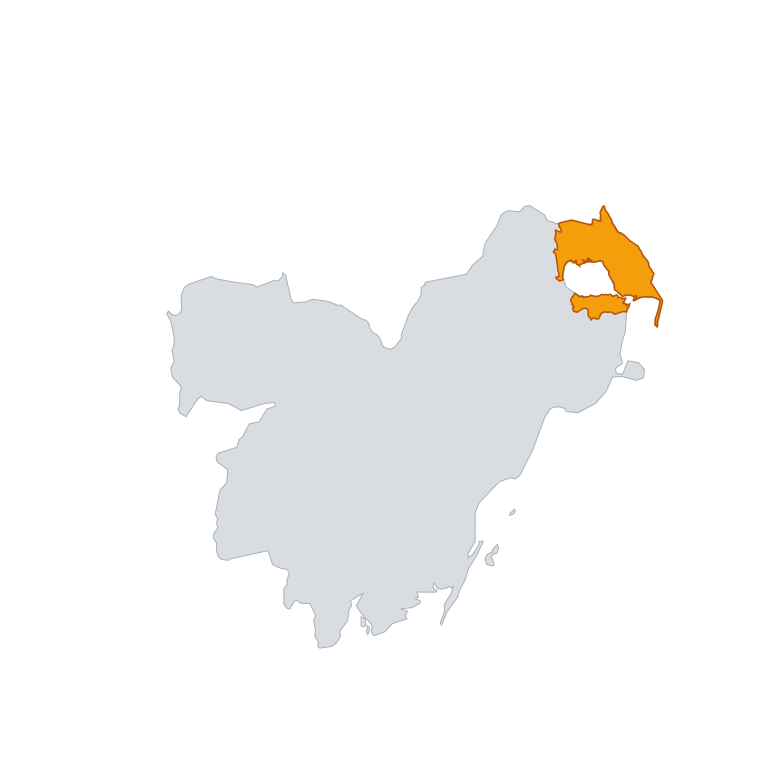 where Zulia sits in Venezuela, rotated 119°
{"feature_id": "VEN-31", "entity_name": "Zulia", "entity_type": "State", "adm_level": 1, "iso_a3": "VEN", "parent_name": "Venezuela", "parent_adm1": "", "projection": "mercator", "projection_center": [-71.765, 10.117], "detail": "fine", "context": "in_parent", "style": "filled", "palette": "amber", "viewbox_px": 768, "rotation_deg": 119, "n_neighbors": 0, "source": "natural_earth", "source_scale": "10m", "svg_char_len": 9814}
<svg xmlns="http://www.w3.org/2000/svg" viewBox="0 0 768 768"><g transform="rotate(119 384 384)"><path d="M639.0,302.7L646.2,312.2L645.5,314.5L641.1,316.7L638.4,322.1L632.8,324.4L625.0,330.9L619.8,331.5L611.9,342.3L616.2,350.7L615.2,355.0L617.1,357.1L626.4,357.3L627.2,359.6L626.1,363.1L624.4,365.3L611.9,372.2L605.9,371.5L603.4,373.6L595.4,375.1L593.1,379.2L595.2,384.7L596.0,393.8L585.9,404.5L611.0,433.1L613.7,434.6L616.3,441.2L615.4,445.1L611.0,449.7L604.6,453.1L600.9,459.0L597.1,460.2L590.2,459.7L586.8,463.0L582.5,464.2L579.6,468.6L556.4,475.9L546.5,473.7L534.8,479.1L532.8,492.4L529.2,495.5L524.9,495.5L510.6,481.9L503.3,483.9L498.4,482.1L484.2,482.5L477.6,474.8L462.7,474.3L457.1,469.1L454.5,469.1L453.4,470.8L459.1,479.3L476.4,495.8L476.5,510.6L484.6,531.2L483.2,537.8L487.9,539.7L508.6,541.3L508.4,548.6L505.7,552.0L501.6,552.6L491.0,558.1L484.7,559.9L480.6,572.0L477.1,575.4L473.2,578.3L466.2,578.4L456.7,586.1L453.4,586.0L445.3,589.8L432.4,601.0L428.0,607.9L424.8,608.0L426.1,602.0L424.4,598.8L421.4,597.1L418.5,596.8L414.9,598.3L405.3,604.2L396.0,605.5L391.0,602.8L373.8,587.3L373.4,582.1L369.4,569.6L360.6,546.6L360.8,542.1L347.0,530.5L345.0,526.5L339.3,525.0L335.7,526.5L336.7,522.7L355.3,506.0L356.9,502.4L349.7,491.7L345.7,488.7L343.4,485.0L338.7,472.1L337.5,462.1L335.9,460.1L337.9,435.8L337.1,430.5L338.5,426.4L342.1,423.6L344.1,419.3L344.6,413.4L346.7,408.6L350.6,404.8L352.0,401.1L350.3,395.1L347.0,392.7L335.7,390.8L332.7,392.7L312.0,396.0L301.8,396.0L294.0,394.4L288.1,394.9L281.2,398.2L277.8,396.4L275.1,397.3L247.9,365.0L238.0,364.3L224.4,359.7L213.8,363.4L209.3,363.7L190.3,361.9L179.7,363.6L175.3,361.9L172.3,359.4L167.6,348.8L160.3,347.0L157.3,342.7L158.3,325.5L161.8,320.8L160.5,313.0L159.5,309.3L149.9,299.6L144.8,280.8L138.5,279.8L136.6,275.7L134.7,274.9L129.4,277.5L123.9,278.5L122.8,277.5L136.7,254.1L142.0,226.6L148.9,213.0L158.3,202.0L166.0,198.8L177.2,180.2L201.9,172.5L195.4,178.2L180.7,181.8L177.3,184.0L177.6,190.2L182.0,199.0L189.5,206.0L186.0,206.7L187.6,213.0L191.1,217.3L191.3,220.0L188.6,228.4L177.3,241.6L171.2,253.1L175.9,259.9L176.5,263.4L184.8,271.9L184.1,275.3L187.7,282.2L193.5,283.2L204.9,278.8L211.0,271.4L212.2,257.4L211.1,252.4L204.1,240.2L199.3,235.5L195.2,224.9L193.2,215.2L196.4,213.0L196.1,207.9L204.0,206.5L221.2,198.3L231.8,196.2L244.0,191.8L249.2,186.0L251.1,185.6L257.4,189.0L260.5,187.8L261.7,185.2L260.0,180.0L245.5,181.9L241.9,171.6L245.1,163.2L252.8,160.0L258.4,164.9L262.1,179.9L267.2,187.6L282.6,186.1L298.3,189.5L314.9,200.2L319.8,211.2L317.7,214.1L318.8,218.8L321.2,223.5L324.9,226.5L335.3,227.3L369.4,221.9L398.1,221.0L403.6,223.3L404.1,227.3L413.4,235.7L441.3,243.1L452.1,242.0L477.7,227.9L491.4,228.2L495.4,226.1L490.3,223.9L478.9,223.1L475.4,224.5L473.5,220.9L489.9,219.8L504.5,220.6L516.3,218.0L525.7,218.1L535.2,216.4L553.0,218.4L567.0,216.7L565.4,219.1L553.3,220.9L547.7,224.4L535.5,223.7L527.0,225.0L529.7,225.9L529.7,229.4L532.1,230.2L535.8,234.5L536.8,238.1L533.7,243.7L537.2,243.1L539.1,241.3L539.1,237.3L541.1,238.0L550.0,254.4L553.8,250.5L556.4,252.9L556.3,246.7L559.4,246.8L565.9,251.0L572.6,260.3L571.4,253.2L576.8,253.1L578.2,250.0L589.1,260.3L600.5,263.3L609.0,270.9L607.2,274.7L602.1,276.6L600.1,279.0L596.3,291.2L591.5,300.7L577.1,300.8L589.3,308.1L593.5,305.1L599.6,304.9L608.7,301.0L621.1,302.8L626.5,299.6L633.2,300.1L639.0,302.7ZM490.8,201.4L492.1,206.5L488.2,211.0L482.9,211.1L478.8,208.1L476.5,208.8L469.4,207.2L471.5,204.5L476.7,203.1L480.6,206.3L483.9,206.5L484.7,203.8L489.1,199.9L490.8,201.4ZM606.4,287.0L598.7,291.1L598.3,287.1L604.3,282.3L606.9,285.2L606.4,287.0ZM438.1,210.2L436.0,211.1L430.3,209.0L431.5,207.6L434.6,207.6L438.1,210.2ZM607.9,279.7L603.3,280.9L604.6,278.1L609.5,276.5L611.2,277.1L607.9,279.7Z" fill="#d9dde1" stroke="#a8b0b8" stroke-width="1"/><path d="M200.4,173.0L201.6,173.0L201.1,174.0L201.0,174.7L201.3,175.4L200.2,175.5L199.9,175.6L199.7,175.9L199.6,176.6L198.4,176.9L196.2,178.1L194.7,178.5L188.2,179.5L180.9,181.7L179.4,182.0L178.5,182.4L177.6,182.8L177.1,183.2L176.7,184.6L176.8,186.4L177.9,191.5L181.1,198.0L183.5,201.3L184.5,202.3L189.0,204.9L189.6,205.4L190.0,205.9L190.1,206.5L188.0,207.0L188.2,206.4L187.9,205.9L187.3,205.5L185.5,205.1L185.0,205.6L184.5,205.9L184.9,206.4L186.3,207.7L186.6,208.2L186.4,209.7L186.8,211.3L187.4,212.9L188.2,214.3L189.1,215.5L190.4,216.6L192.0,217.5L191.6,218.4L191.3,219.9L190.7,220.8L190.9,221.1L190.9,221.5L190.9,221.9L190.7,222.4L190.8,223.0L190.5,223.8L190.1,224.7L189.9,225.5L189.9,227.6L190.0,227.9L189.9,228.0L189.6,228.3L189.3,228.5L188.3,228.8L187.3,229.9L186.7,230.1L186.0,230.5L185.1,231.3L184.1,232.4L181.9,236.6L179.8,239.5L179.6,240.4L179.0,240.8L177.4,241.2L176.8,241.7L176.3,242.4L175.9,243.2L175.6,244.9L174.7,246.4L173.9,248.6L171.4,251.5L170.8,252.7L170.9,253.2L171.6,254.8L172.1,255.5L174.7,258.2L175.6,259.4L177.7,263.9L177.0,263.5L176.6,262.7L176.4,261.9L176.1,261.2L175.8,261.4L176.1,262.0L175.6,262.1L175.3,262.5L175.8,262.8L176.4,263.3L176.9,264.0L177.1,264.8L176.9,265.5L176.2,265.6L175.5,265.2L175.0,264.6L174.8,265.4L175.2,266.1L175.8,267.1L176.4,266.7L177.2,265.9L178.1,265.5L178.4,266.3L178.7,266.3L178.7,265.5L179.1,265.7L180.2,266.9L180.6,267.2L181.3,267.4L181.6,267.9L180.4,267.6L179.4,268.0L178.9,268.9L179.3,270.0L179.8,268.4L182.0,268.4L183.0,269.0L183.9,270.1L184.8,270.8L185.9,270.0L185.7,270.7L185.6,270.8L186.0,271.1L186.1,271.4L185.9,271.6L185.3,271.6L185.3,271.9L185.8,272.3L185.9,273.0L185.7,273.7L185.3,274.3L184.9,274.0L184.2,274.5L182.7,275.9L183.1,276.2L183.9,275.7L184.3,276.2L184.8,275.9L185.1,275.4L185.5,275.8L185.3,276.6L185.9,277.0L185.1,277.1L185.2,277.6L185.9,278.6L184.9,279.6L184.8,279.9L184.9,280.4L185.5,280.6L185.6,280.9L185.9,280.9L186.3,281.1L186.7,281.4L186.5,281.7L186.9,282.1L187.7,282.6L189.3,283.1L191.0,283.4L192.7,283.4L194.4,283.2L199.9,281.4L203.7,279.8L204.9,279.0L205.7,278.1L205.8,277.7L206.3,278.0L208.6,280.1L208.8,280.6L208.8,281.6L208.6,282.2L208.5,283.8L208.2,284.6L207.6,285.1L207.0,285.4L206.7,285.2L206.6,284.8L206.5,284.3L206.2,283.9L205.5,283.2L204.9,283.3L203.4,284.2L202.8,284.5L202.0,285.2L200.9,286.4L190.6,294.0L188.2,296.1L187.5,297.0L187.0,297.7L186.4,299.9L186.2,300.1L185.4,299.7L184.9,299.5L184.2,299.6L183.2,300.0L183.0,299.8L183.3,299.1L183.3,298.9L183.2,298.4L183.0,298.1L182.7,297.9L182.4,297.9L181.4,297.9L181.1,298.1L179.8,299.2L179.0,299.5L178.5,299.7L178.0,299.9L175.8,303.4L174.7,304.3L174.3,304.9L174.0,305.2L173.7,305.3L172.5,305.3L170.6,306.3L170.4,306.4L169.2,306.2L168.9,306.3L168.7,306.6L168.6,306.8L166.8,308.5L166.5,308.6L166.2,308.6L166.3,307.4L166.1,306.0L165.9,304.9L165.8,303.6L165.6,303.2L165.4,303.0L165.1,302.9L164.7,303.0L163.4,303.8L162.4,304.8L162.2,305.1L162.1,305.8L161.9,306.4L161.3,307.3L161.2,307.3L160.8,307.0L160.6,307.2L160.1,307.8L160.0,308.6L159.5,309.2L159.2,309.0L158.4,308.8L157.9,308.4L150.2,300.0L149.5,298.7L145.3,282.7L144.7,282.0L145.2,281.1L145.0,280.6L144.4,280.2L143.6,279.5L143.3,279.8L142.3,279.7L141.8,279.8L140.2,280.9L139.4,281.2L138.6,281.0L138.0,280.0L137.7,279.2L137.8,277.5L137.7,276.6L137.1,275.9L137.3,275.2L136.8,273.8L136.5,273.5L135.7,273.5L134.0,275.1L133.1,275.6L132.1,275.9L131.4,276.3L130.1,277.6L128.7,278.3L127.1,278.5L122.3,278.6L121.8,278.3L121.8,277.5L122.3,276.7L123.7,275.7L124.4,275.0L124.9,274.3L126.2,270.9L129.3,266.3L130.0,264.6L130.6,264.1L132.1,263.1L132.8,262.4L133.2,261.7L134.1,259.0L136.3,255.7L137.5,253.2L137.8,252.2L137.6,251.5L137.3,250.8L137.0,249.8L137.1,248.9L137.4,247.4L137.4,245.9L139.4,239.0L140.2,230.4L140.2,228.8L140.5,228.1L142.3,225.9L143.0,223.8L145.4,221.0L146.4,219.3L148.3,214.0L149.2,212.2L150.2,211.0L151.9,209.9L152.6,209.2L153.3,208.2L154.6,204.9L156.0,203.3L156.1,202.9L156.1,202.1L156.3,201.8L157.0,201.3L157.8,201.2L159.5,201.1L161.6,200.3L162.4,200.1L163.1,200.2L164.6,200.6L165.3,200.4L165.7,199.9L175.3,181.9L176.0,180.9L176.7,180.4L196.9,175.1L198.4,174.5L199.7,173.3L200.4,173.0ZM211.9,260.9L212.4,258.7L212.4,256.9L212.8,256.3L212.9,256.0L212.7,255.2L212.2,254.6L211.5,254.0L210.9,253.2L210.8,252.3L211.2,252.2L211.5,252.1L211.6,251.7L211.5,251.4L210.8,250.7L210.1,249.6L208.0,247.0L207.2,246.4L206.3,246.6L205.4,243.1L204.8,241.4L203.9,239.9L202.4,238.4L201.6,237.7L200.2,237.2L199.8,236.6L199.4,235.0L199.1,234.5L198.2,233.5L197.9,232.4L197.6,231.7L196.1,230.1L195.9,229.7L195.9,229.3L196.1,228.7L196.4,226.6L196.2,226.1L195.7,225.6L193.9,224.4L193.3,223.7L193.3,222.7L193.5,222.4L194.9,221.2L194.7,221.1L193.7,219.3L193.6,218.9L193.9,217.3L193.9,216.7L193.7,216.3L192.8,215.4L192.1,214.4L191.7,214.3L191.7,214.0L194.5,213.9L195.8,214.0L197.0,214.6L197.4,213.7L197.3,212.9L196.9,212.2L196.7,211.6L197.0,211.0L197.9,210.4L198.3,209.7L197.3,209.7L197.0,209.7L196.5,209.4L195.4,208.3L194.9,208.1L196.5,207.5L198.1,207.3L201.3,207.3L202.9,207.1L203.4,206.9L204.4,209.4L204.8,210.1L205.2,210.6L205.9,211.2L206.5,211.6L208.0,213.3L210.9,215.7L211.2,216.1L211.3,216.7L210.9,218.1L210.9,218.6L211.0,219.3L211.2,220.1L211.1,220.8L211.2,221.0L211.5,221.4L212.1,221.9L212.7,222.7L213.0,223.3L213.4,225.1L213.7,225.5L215.9,227.8L216.1,227.9L217.1,227.9L218.0,228.5L219.9,227.9L221.9,227.8L222.8,228.0L223.4,228.5L224.1,229.5L224.4,230.7L224.3,231.7L224.4,232.3L224.7,232.8L225.4,233.3L226.1,233.6L226.7,233.6L227.5,233.9L226.8,234.9L226.5,235.6L226.1,236.5L225.7,237.8L225.5,238.2L224.9,238.8L221.0,241.1L220.1,241.9L219.8,243.1L219.9,244.1L220.5,245.1L221.7,246.5L223.0,247.4L224.1,247.9L226.6,249.5L227.4,249.6L228.3,252.1L228.3,253.2L228.1,254.0L227.6,254.6L226.9,255.0L226.5,255.5L226.1,255.8L225.6,255.8L225.1,255.2L224.9,255.1L224.6,255.1L224.4,255.2L223.5,257.0L223.5,257.3L223.7,257.7L223.7,257.9L222.7,258.2L222.2,258.5L221.4,260.0L220.4,261.2L220.0,261.5L219.7,261.6L218.5,261.6L217.3,261.3L216.0,261.5L215.6,261.1L215.4,261.0L215.1,261.0L214.0,261.2L212.5,260.9L211.9,260.9Z" fill="#f59e0b" stroke="#b45309" stroke-width="1.5"/></g></svg>